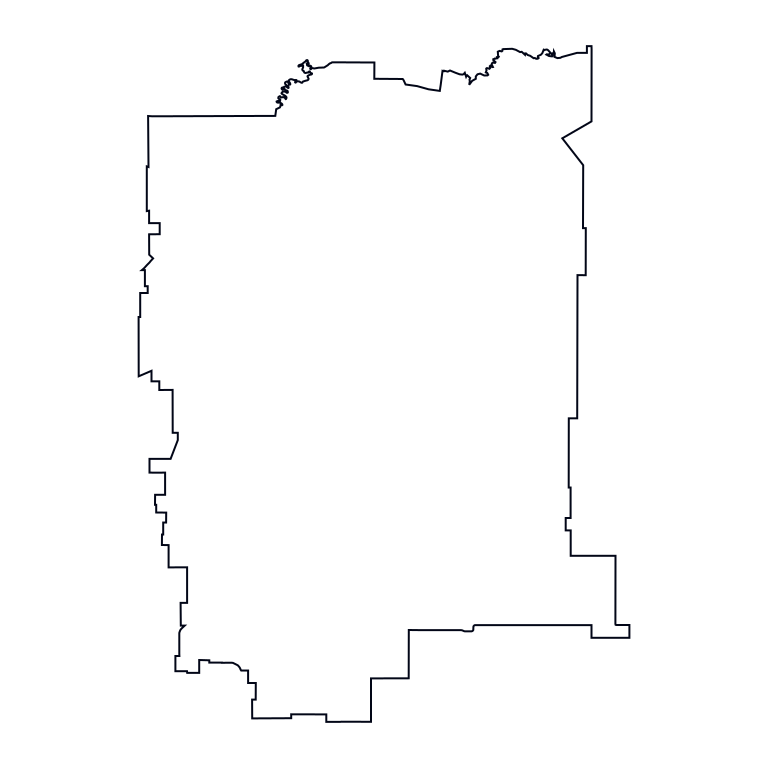 Wyalkatchem, Western Australia, Australia (orthographic projection)
{"feature_id": "25037944B8068903410129", "entity_name": "Wyalkatchem", "entity_type": "district", "adm_level": 2, "iso_a3": "AUS", "parent_name": "Australia", "parent_adm1": "Western Australia", "projection": "orthographic", "projection_center": [117.394, -31.195], "detail": "fine", "context": "isolated", "style": "outline", "palette": "ink", "viewbox_px": 768, "rotation_deg": 0, "n_neighbors": 0, "source": "geoboundaries", "source_scale": "gbopen_adm2", "svg_char_len": 5737}
<svg xmlns="http://www.w3.org/2000/svg" viewBox="0 0 768 768"><path d="M291.2,714.3L326.3,714.4L326.3,721.9L339.7,721.9L341.7,721.7L371.0,721.8L371.0,678.4L408.7,678.3L408.8,630.0L417.8,630.1L460.8,630.1L462.1,630.3L464.2,631.2L464.7,631.3L471.6,631.3L472.5,631.0L473.2,630.2L473.3,629.6L473.4,626.8L473.6,626.1L474.1,625.6L474.4,625.3L475.1,625.1L475.7,625.1L591.5,625.1L591.5,637.8L629.4,637.8L629.4,625.0L616.4,625.0L615.6,624.8L615.4,624.0L615.5,555.8L570.7,555.8L570.7,530.4L565.7,530.4L565.7,518.0L570.6,518.0L570.6,487.5L568.7,487.5L568.8,418.3L577.2,418.3L577.5,275.1L585.7,275.2L585.8,228.1L583.0,228.1L583.2,165.2L562.3,138.3L591.5,121.4L591.6,49.3L591.5,46.1L586.9,46.1L586.9,52.9L576.9,52.9L561.8,57.0L560.4,57.8L557.4,58.1L554.5,56.9L554.8,53.3L553.9,51.4L553.7,53.4L553.1,53.9L552.5,53.3L551.4,53.6L552.7,55.8L552.1,56.4L549.0,56.0L546.4,54.6L546.8,54.3L548.6,54.6L550.1,53.4L550.3,52.6L548.0,50.1L546.9,49.5L544.9,49.8L544.5,50.1L543.7,49.7L542.3,53.2L540.8,54.8L538.0,56.0L537.8,57.1L538.6,58.0L537.8,58.7L536.2,58.8L534.8,58.0L533.6,58.2L530.2,55.8L527.7,55.0L526.0,53.4L525.2,53.4L525.0,54.8L521.7,51.8L520.1,52.1L515.8,49.8L512.2,48.8L503.3,49.1L502.5,49.4L502.4,50.8L501.7,51.4L499.6,50.9L497.8,51.7L498.1,55.9L498.8,56.7L498.3,57.3L497.0,57.2L497.2,58.3L496.1,58.4L495.5,58.7L494.9,58.5L494.1,59.0L493.3,59.2L493.3,60.1L495.5,62.1L495.0,62.9L492.8,62.6L491.9,63.4L491.7,64.5L492.9,67.0L492.2,67.1L490.3,65.7L489.8,66.2L490.1,68.1L489.4,68.8L487.8,68.2L486.6,68.2L486.2,68.7L486.5,70.5L485.8,72.4L487.3,73.0L488.2,74.8L487.5,75.4L484.2,75.5L480.2,73.6L477.5,74.3L475.8,76.4L475.8,78.8L472.2,80.8L469.2,84.8L469.8,81.2L469.5,79.7L470.2,78.0L467.1,75.2L466.6,75.6L466.1,76.7L464.8,72.8L463.6,74.2L462.3,74.6L459.6,74.3L455.3,72.7L450.0,70.5L447.8,71.6L444.7,70.9L444.4,71.1L443.9,70.7L443.1,71.4L442.5,71.0L440.7,84.9L439.8,90.9L428.6,89.3L417.1,86.1L405.6,84.5L403.6,80.2L402.7,79.0L374.3,78.8L374.4,62.5L332.1,62.3L331.3,62.9L329.7,63.5L329.5,63.8L328.9,64.1L327.8,65.2L324.3,67.4L323.9,67.5L318.7,67.7L314.3,68.5L311.9,68.0L311.7,68.1L311.2,68.9L310.8,69.2L310.5,69.1L310.3,68.9L310.2,68.4L310.4,68.0L311.2,67.1L311.3,66.6L311.0,66.1L310.4,66.1L310.0,65.7L309.7,65.8L309.6,66.1L309.1,66.1L309.1,65.5L308.9,65.3L308.6,65.3L308.1,65.6L307.8,65.7L307.5,65.6L307.1,65.2L307.0,64.7L307.0,64.2L306.8,63.6L307.6,63.3L308.4,63.6L308.7,63.5L308.7,63.2L308.5,62.9L307.9,62.4L307.7,62.2L307.6,61.9L307.9,61.2L307.7,60.5L307.3,60.1L306.8,60.1L306.2,60.4L305.5,61.4L303.6,62.8L302.1,64.1L301.0,64.5L299.3,65.0L298.8,65.3L298.4,66.0L298.6,66.5L299.2,66.5L300.1,65.9L301.2,65.9L301.6,65.8L302.3,65.1L302.8,65.1L303.1,65.5L303.1,67.4L302.3,69.3L302.4,70.0L302.8,70.6L303.7,71.0L304.2,72.3L304.4,72.6L304.8,72.8L305.6,73.0L307.4,72.5L308.2,72.6L308.6,72.4L308.7,71.9L309.0,71.6L309.6,71.4L309.9,71.6L310.1,72.3L310.4,72.7L310.9,73.1L311.6,73.2L312.0,73.5L312.0,73.8L311.9,74.1L311.7,74.3L311.0,74.6L309.7,74.8L307.7,75.9L307.5,76.3L307.7,76.9L308.6,78.7L308.4,79.5L308.2,79.8L307.1,80.4L306.0,80.6L303.1,81.5L302.8,81.7L302.3,82.6L301.9,82.8L301.5,82.7L300.9,82.5L299.3,81.5L298.0,81.3L296.8,81.5L296.4,81.7L295.8,82.5L295.5,82.6L295.3,82.5L295.1,82.3L295.1,82.2L295.3,81.4L296.3,80.7L296.5,80.5L296.5,80.2L296.2,80.0L295.8,80.0L295.0,80.1L294.1,80.0L292.8,79.6L292.0,79.3L291.1,79.2L290.3,79.3L289.4,79.8L288.9,80.3L288.7,80.6L289.1,81.7L290.1,83.2L290.3,84.2L290.2,84.4L290.0,84.6L289.3,84.7L288.9,84.5L288.9,84.4L288.9,84.1L289.3,83.4L289.2,82.9L288.9,82.7L288.2,82.7L287.9,81.9L287.5,81.5L286.9,81.5L286.4,81.7L285.3,82.3L285.1,82.6L285.0,83.2L285.3,84.1L287.2,85.8L288.2,86.4L288.6,87.2L288.5,87.9L288.3,88.0L288.0,87.9L287.3,87.5L286.5,86.8L286.0,86.5L285.5,86.5L284.3,86.7L283.7,87.2L282.1,87.6L281.8,87.8L281.7,88.1L281.6,88.7L282.1,89.5L282.5,89.7L283.1,89.5L284.0,88.8L284.4,88.7L284.6,88.9L285.1,89.9L285.4,90.3L286.6,90.4L287.5,90.9L287.8,91.7L287.9,92.2L287.6,92.7L287.1,92.8L286.6,92.7L285.9,92.0L285.3,91.7L283.9,91.5L282.9,91.7L282.5,91.9L281.6,93.0L281.5,93.3L281.7,93.6L282.4,94.2L285.2,95.8L285.6,96.2L286.0,96.5L286.4,97.1L286.5,97.7L286.4,98.2L286.0,99.0L285.8,99.1L285.4,98.7L285.4,98.2L284.8,97.9L284.0,97.3L283.1,97.1L281.6,97.4L281.0,97.4L280.7,97.3L280.3,96.4L280.0,96.2L279.7,96.2L279.2,96.5L278.5,97.0L278.3,97.8L278.3,98.2L278.7,98.7L280.2,99.5L280.3,100.0L280.0,100.6L279.6,100.7L277.3,101.1L276.6,101.5L276.7,102.0L277.2,102.5L278.2,102.7L278.8,102.5L279.4,102.0L280.0,101.9L280.3,102.4L280.2,102.9L280.3,103.1L280.6,103.3L281.4,103.4L281.8,103.7L282.2,104.2L282.4,104.9L282.1,105.2L281.8,105.2L281.0,104.5L280.6,104.5L280.5,105.9L279.9,107.4L276.2,109.2L275.3,115.9L152.4,116.3L148.1,116.0L148.5,167.0L146.8,166.4L146.8,211.1L149.1,210.7L149.1,223.1L159.7,223.1L159.7,234.2L149.1,234.3L149.2,254.7L153.1,258.4L150.6,261.1L149.5,262.5L147.1,264.9L143.9,268.4L141.9,270.1L144.9,270.1L144.9,286.2L147.7,286.2L147.7,293.0L140.2,293.0L140.2,317.0L138.6,317.0L138.7,376.3L151.5,370.8L151.5,381.3L159.3,381.3L159.3,390.0L172.6,389.9L172.7,432.8L177.8,432.8L177.8,440.1L170.6,458.9L149.5,458.9L149.5,472.6L156.6,472.7L165.1,472.6L165.1,494.8L155.1,494.8L155.0,504.8L156.2,504.8L156.2,512.5L166.2,512.6L166.1,522.5L163.2,522.5L163.2,534.5L162.0,534.5L161.9,545.0L168.6,545.1L168.6,567.4L187.1,567.3L187.1,602.9L180.6,602.9L180.8,625.6L184.7,625.6L182.0,628.1L180.7,629.5L180.1,630.6L179.4,632.5L179.3,633.3L179.3,644.2L179.3,653.7L179.4,656.0L175.4,656.0L175.4,671.2L187.0,671.2L187.2,672.9L199.2,672.9L199.2,660.0L209.3,660.3L209.3,662.6L221.9,662.6L221.9,662.8L231.5,662.7L233.0,662.9L237.4,665.1L237.9,665.4L239.3,667.0L240.0,668.1L240.6,669.6L241.2,670.5L248.1,670.5L248.1,683.0L255.8,683.0L255.7,699.6L252.1,699.6L252.2,718.4L291.2,718.2L291.2,714.3Z" fill="none" stroke="#020617" stroke-width="2"/></svg>